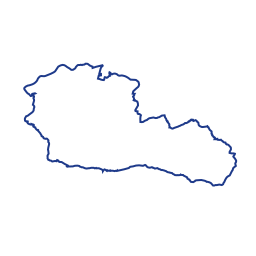 Axente Sever, Sibiu, Romania (Robinson projection), rotated 348°
{"feature_id": "2599482B14007981056124", "entity_name": "Axente Sever", "entity_type": "district", "adm_level": 2, "iso_a3": "ROU", "parent_name": "Romania", "parent_adm1": "Sibiu", "projection": "robinson", "projection_center": [24.236, 46.068], "detail": "fine", "context": "isolated", "style": "outline", "palette": "blue", "viewbox_px": 256, "rotation_deg": 348, "n_neighbors": 0, "source": "geoboundaries", "source_scale": "gbopen_adm2", "svg_char_len": 5786}
<svg xmlns="http://www.w3.org/2000/svg" viewBox="0 0 256 256"><g transform="rotate(348 128 128)"><path d="M227.2,175.4L226.0,174.8L224.1,174.4L222.2,173.5L222.4,172.5L224.2,170.4L224.4,169.5L224.5,168.4L222.8,165.5L221.8,164.7L221.1,164.6L220.5,163.8L220.3,162.5L219.1,162.1L218.6,161.7L218.2,161.3L217.8,160.4L216.9,159.7L216.5,158.8L215.0,158.7L213.4,158.2L213.1,158.0L213.1,157.2L211.8,157.3L210.5,157.0L211.2,156.3L211.2,155.9L210.7,155.5L210.6,155.0L209.9,154.9L209.6,153.7L208.8,152.8L208.8,152.4L209.1,151.8L208.9,151.3L208.5,150.9L208.6,150.4L209.0,149.4L209.0,148.7L207.7,147.0L207.3,146.1L207.1,145.0L206.9,144.8L206.8,143.9L206.2,143.6L206.0,142.7L205.1,142.9L201.3,142.6L200.3,142.3L198.9,141.3L198.2,140.6L197.8,139.7L197.8,139.1L197.9,137.3L196.9,136.2L196.7,135.5L195.8,134.4L193.8,134.7L193.7,134.3L193.3,134.2L193.3,133.8L192.8,133.9L192.8,133.3L192.1,133.0L191.4,133.0L191.2,133.4L190.8,133.4L191.0,133.2L190.7,133.3L190.4,133.7L189.9,133.9L189.8,134.1L189.0,134.0L188.6,134.2L188.6,134.5L188.3,134.5L187.6,135.0L186.1,135.3L184.9,135.0L184.0,135.5L182.7,136.0L180.8,136.2L179.2,136.7L178.5,136.7L177.6,137.0L173.3,137.5L171.6,137.9L170.6,137.5L169.5,136.4L168.7,136.1L169.0,135.7L169.1,135.4L168.8,134.4L169.2,133.0L168.4,131.2L167.7,129.9L168.1,129.6L167.2,128.4L167.3,127.8L167.1,126.7L166.5,125.4L166.4,123.2L163.7,122.9L160.8,123.9L159.4,123.9L158.5,124.2L157.0,124.0L155.0,123.0L150.8,122.9L149.0,123.6L148.5,124.0L146.1,124.4L144.0,125.2L142.7,125.1L141.4,124.7L142.0,121.3L142.6,119.4L143.3,118.2L142.3,116.9L141.8,116.6L140.9,116.4L140.5,116.0L140.5,114.8L140.8,113.7L138.9,113.0L138.8,112.3L138.9,112.0L142.5,108.0L142.8,105.7L142.6,104.7L142.6,104.1L141.3,103.1L140.6,102.4L140.5,102.1L140.1,102.1L139.9,102.4L139.3,102.0L139.9,101.1L140.0,100.6L140.0,99.9L139.5,98.7L139.5,98.2L140.5,97.7L140.6,97.3L141.0,97.0L141.2,96.6L141.3,96.1L141.5,95.9L139.7,95.4L140.7,93.3L141.2,92.9L144.9,90.7L146.3,90.0L147.0,89.4L147.9,87.9L147.9,85.7L147.7,84.9L145.9,82.8L145.0,82.4L140.5,81.2L138.7,79.1L137.1,77.6L135.7,76.6L134.3,75.9L132.9,75.3L130.6,75.1L129.7,74.7L128.9,74.0L128.6,73.4L128.2,73.0L126.9,72.2L125.9,71.9L124.8,71.9L123.9,72.0L123.6,72.2L123.2,72.2L122.8,71.9L122.4,71.1L122.4,70.6L122.0,70.1L121.5,69.7L121.2,70.2L121.1,70.9L121.2,73.2L120.1,73.3L118.7,74.2L117.7,74.5L116.8,73.8L115.8,73.5L115.2,74.6L114.8,75.6L114.3,76.1L113.0,75.7L111.4,74.9L111.3,74.7L108.9,73.5L110.2,70.8L112.5,70.9L112.8,69.4L111.2,68.9L113.7,64.0L114.7,62.8L116.1,62.0L116.2,61.8L116.0,61.3L109.3,61.5L105.9,61.9L106.0,61.3L106.2,61.0L106.1,60.6L105.1,60.1L104.4,59.4L103.8,59.1L102.1,57.1L101.5,56.7L99.7,56.3L99.3,56.6L98.2,56.9L96.9,56.7L96.1,56.9L95.0,56.3L94.2,56.4L92.1,56.0L91.1,56.5L89.6,57.6L89.3,58.1L88.7,58.7L86.5,59.6L85.2,59.5L84.5,59.2L83.3,57.7L81.1,55.7L79.9,54.3L78.9,53.4L77.3,52.7L75.6,52.7L74.1,53.0L72.5,53.5L68.5,57.4L66.9,58.1L63.8,58.9L58.1,59.9L56.7,59.9L53.9,59.1L52.8,59.2L52.1,59.5L50.3,60.8L49.0,62.6L48.1,63.4L46.7,64.3L45.1,65.0L43.5,65.4L40.8,65.7L38.6,65.7L36.7,66.2L35.3,67.0L34.8,67.5L34.7,68.1L34.8,68.8L36.4,72.2L37.1,73.3L38.3,74.4L39.5,76.5L40.9,76.5L41.0,75.5L41.2,74.9L41.6,74.7L44.2,74.7L44.4,74.9L42.3,75.2L41.8,75.6L42.6,77.3L42.6,77.7L42.5,78.2L41.9,78.7L41.8,79.0L41.7,79.5L42.0,80.4L41.8,81.7L39.8,85.5L40.2,85.9L40.8,87.3L40.6,88.4L40.0,89.2L39.3,91.3L38.3,92.3L37.5,92.8L34.2,94.3L32.6,95.1L30.7,95.4L29.9,96.4L29.3,97.0L29.0,97.7L28.8,99.4L29.2,100.0L31.3,100.7L31.3,100.9L30.5,101.2L30.8,101.8L31.0,102.6L32.2,103.7L33.8,104.5L34.2,103.9L35.2,104.7L35.6,104.6L36.5,105.3L36.5,105.7L35.7,106.3L35.7,106.9L36.2,107.4L37.0,107.8L37.5,108.2L37.4,109.0L38.4,110.8L38.7,111.0L39.6,111.2L39.7,111.4L39.4,111.9L41.2,115.1L41.3,115.9L41.9,117.3L41.8,118.0L43.1,119.1L43.4,120.5L44.9,121.4L46.0,121.4L46.6,121.7L47.6,123.5L47.1,125.1L47.5,125.8L47.6,126.6L47.4,127.6L46.0,130.5L45.2,132.7L45.3,133.4L45.0,136.6L43.7,138.1L43.4,138.7L43.4,139.6L43.0,141.0L43.5,142.6L44.1,142.7L44.7,143.5L45.9,143.9L46.9,145.0L49.8,145.1L51.3,145.7L51.6,145.4L51.5,145.0L52.0,144.6L53.1,145.4L53.4,146.4L53.8,146.9L56.0,147.5L58.6,150.0L61.1,152.0L60.2,152.7L60.5,153.2L61.9,153.3L66.1,154.1L68.1,153.9L70.7,154.3L72.4,155.0L72.8,155.7L73.3,155.9L74.5,156.8L75.6,157.0L77.5,158.4L78.9,159.0L79.8,159.1L80.9,159.1L81.4,159.3L83.7,159.3L85.8,159.7L86.5,160.0L87.0,160.5L87.6,160.6L88.5,160.4L88.9,160.9L91.1,161.3L93.6,163.0L94.6,164.1L94.5,165.0L95.2,164.3L96.3,163.6L97.0,164.0L97.8,164.8L97.9,165.0L98.1,165.3L98.4,165.6L98.9,165.0L99.7,165.7L101.8,165.8L101.8,166.3L102.6,166.3L104.2,166.6L106.0,167.4L107.2,167.3L107.9,167.6L108.5,167.3L108.5,167.7L115.8,167.6L120.5,167.3L121.7,166.6L122.2,166.4L125.0,166.6L128.0,166.4L131.1,166.8L134.8,168.1L137.0,167.7L137.5,168.0L138.8,170.2L139.3,170.6L140.8,171.3L142.2,171.4L143.2,171.3L144.0,171.8L144.1,172.1L144.8,172.4L145.9,173.3L147.1,173.3L148.5,173.4L148.8,173.9L149.4,174.2L149.8,174.7L150.7,175.0L151.5,175.8L152.1,176.1L152.6,176.1L154.4,177.0L156.5,178.3L156.7,178.7L157.9,179.6L159.6,180.2L159.9,180.6L160.7,180.8L161.9,181.4L162.2,182.1L163.7,183.3L164.1,183.8L165.7,184.3L166.4,184.3L166.7,184.5L168.6,184.8L169.5,184.8L169.8,184.5L170.3,185.0L172.1,185.4L172.5,186.1L175.6,188.6L175.7,189.6L175.6,189.8L177.0,191.2L177.3,191.2L177.5,191.6L177.4,191.8L178.4,193.8L180.6,194.5L182.4,193.9L183.0,193.4L184.1,193.4L188.9,194.1L192.2,195.6L193.5,196.6L193.7,197.0L194.7,197.2L196.4,198.1L197.7,199.2L199.2,201.9L200.3,202.2L201.7,202.0L202.9,202.3L205.5,202.3L207.9,203.3L209.3,202.8L210.2,201.4L211.0,200.8L212.4,198.8L214.1,197.0L215.4,196.2L217.7,195.5L220.7,191.7L221.4,191.2L222.3,189.6L222.8,188.9L225.6,187.5L225.5,185.5L225.6,184.8L226.4,184.0L226.8,183.2L227.0,182.3L226.3,180.2L225.1,178.0L225.1,177.7L226.9,176.1L227.2,175.4Z" fill="none" stroke="#1e3a8a" stroke-width="2"/></g></svg>